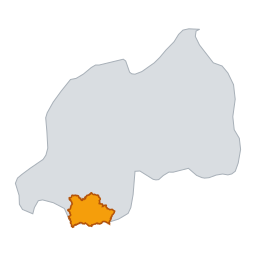 location of Nyaruguru, Southern, Rwanda
{"feature_id": "39286606B69204186902764", "entity_name": "Nyaruguru", "entity_type": "district", "adm_level": 2, "iso_a3": "RWA", "parent_name": "Rwanda", "parent_adm1": "Southern", "projection": "mercator", "projection_center": [29.568, -2.686], "detail": "fine", "context": "in_parent", "style": "filled", "palette": "amber", "viewbox_px": 256, "rotation_deg": 0, "n_neighbors": 0, "source": "geoboundaries", "source_scale": "gbopen_adm2", "svg_char_len": 6098}
<svg xmlns="http://www.w3.org/2000/svg" viewBox="0 0 256 256"><path d="M95.6,65.0L99.3,65.0L123.3,59.2L125.7,61.0L129.6,72.2L131.7,73.8L135.0,74.2L141.8,71.6L154.2,62.9L159.6,57.6L165.9,50.1L174.1,41.7L178.6,34.4L183.0,30.1L188.8,28.8L195.3,29.1L199.7,29.3L196.1,31.0L195.3,36.4L199.5,45.0L213.3,62.8L222.1,66.0L227.9,73.0L233.5,84.6L235.2,99.2L232.8,116.7L234.2,129.7L239.3,138.3L240.6,149.4L238.2,163.0L235.3,171.2L231.8,173.9L227.9,174.9L222.6,174.0L216.1,175.1L209.0,177.7L204.6,178.1L201.8,177.6L196.6,175.4L188.4,168.3L173.1,172.2L168.9,172.1L163.3,175.5L158.7,179.6L155.9,179.9L153.1,179.3L139.9,171.0L135.0,171.3L133.1,194.6L130.8,207.6L128.1,213.4L118.7,219.0L109.1,222.1L103.9,221.9L83.0,223.7L74.8,223.7L70.3,221.8L64.4,208.5L53.3,202.7L42.6,199.9L38.3,200.7L34.4,207.6L32.8,213.8L22.5,209.5L19.4,204.3L19.1,195.4L15.4,183.3L17.5,178.1L21.5,174.7L30.1,168.3L43.1,159.4L45.9,155.2L47.8,148.1L46.9,131.7L45.7,117.8L47.2,112.8L53.2,102.1L61.2,91.1L70.5,79.5L76.1,78.4L83.5,74.0L91.3,67.5L95.6,65.0Z" fill="#d9dde1" stroke="#a8b0b8" stroke-width="1"/><path d="M114.6,211.1L114.0,210.7L113.5,210.5L113.2,210.2L112.9,210.0L112.9,209.9L112.5,209.7L112.3,209.6L112.1,209.3L111.9,209.3L111.1,209.6L110.5,209.5L109.8,209.7L109.5,209.4L108.8,209.1L108.1,208.7L107.4,208.7L107.4,208.3L107.4,208.1L107.2,207.9L106.9,207.9L106.6,207.4L106.0,206.9L105.9,206.7L106.1,206.3L106.3,205.6L106.0,205.1L105.1,205.3L104.9,205.2L104.3,205.5L104.0,205.5L103.9,205.7L103.6,205.8L103.5,206.0L103.2,206.2L103.0,206.5L102.8,206.5L102.9,206.4L102.7,206.3L102.6,206.0L102.6,205.9L102.6,205.7L102.6,205.0L102.7,204.7L102.5,204.4L102.4,204.4L102.3,204.0L101.9,203.9L101.6,203.9L101.1,204.1L100.7,204.0L100.3,203.5L99.9,203.7L99.6,203.6L99.3,203.7L99.1,203.2L99.6,202.8L99.7,201.9L99.7,201.5L99.4,201.2L99.2,200.7L99.3,200.5L99.8,200.1L100.1,199.7L100.3,199.0L100.1,198.6L99.7,197.7L99.3,197.2L98.8,197.1L98.6,196.5L98.6,196.2L98.5,195.6L98.0,195.6L97.8,195.0L97.6,195.0L97.3,195.3L96.9,195.3L96.2,195.0L95.6,194.8L95.4,194.6L94.9,194.7L94.5,194.3L94.2,194.4L93.5,194.6L92.6,194.1L92.4,193.8L91.7,193.4L91.6,192.8L90.8,193.0L90.7,193.3L90.6,193.5L90.5,193.9L90.3,194.1L90.2,194.0L90.0,194.3L89.8,194.4L89.6,194.2L89.5,194.3L89.3,194.4L89.2,194.5L89.2,194.8L89.1,195.0L88.9,195.0L88.4,195.0L88.1,195.3L87.6,195.3L87.4,195.5L87.3,195.4L87.2,195.5L86.9,195.5L86.9,195.8L86.5,195.9L86.2,196.3L86.1,196.9L85.7,196.8L85.3,196.9L84.8,197.4L85.1,197.7L85.3,198.1L85.5,198.4L85.5,198.6L85.2,198.8L85.0,198.6L84.9,198.7L84.7,198.8L84.3,199.0L84.1,199.3L84.0,199.2L83.8,198.9L83.5,198.9L83.2,199.1L83.0,198.9L82.9,199.1L82.7,199.0L82.5,199.3L82.6,199.7L82.5,200.2L82.5,200.3L82.3,200.3L82.1,200.4L81.6,200.4L81.0,199.8L80.7,199.3L80.9,199.1L80.8,198.7L80.7,198.5L80.7,198.3L80.3,198.2L79.9,198.3L79.6,197.8L79.3,198.0L79.0,197.8L79.0,197.6L79.1,197.4L79.0,197.1L78.8,197.0L78.6,197.0L78.4,195.9L77.3,195.5L76.8,195.7L76.1,195.7L75.8,195.5L75.8,195.2L75.1,195.2L74.9,195.2L74.2,195.5L73.7,195.7L73.3,195.5L73.2,195.3L73.0,195.2L72.3,195.2L71.9,195.4L71.8,196.0L71.6,196.2L71.6,196.6L71.6,196.8L71.5,197.0L71.0,197.5L70.7,197.6L70.3,197.7L70.2,197.8L69.8,197.6L69.5,197.8L69.3,198.2L69.2,198.2L69.3,198.5L69.5,198.7L69.7,199.1L69.4,199.4L69.5,199.6L69.7,200.0L69.9,200.1L70.5,199.8L70.7,200.0L70.7,200.4L70.9,200.6L71.0,201.3L71.3,201.5L71.8,202.1L71.7,202.4L71.9,202.6L71.8,203.1L72.0,203.3L72.3,203.9L72.1,204.2L72.0,204.6L71.6,204.9L71.1,205.4L71.0,206.4L70.5,207.1L70.7,207.5L70.8,207.8L70.4,208.2L70.2,209.0L69.8,209.3L69.1,209.4L68.7,209.3L68.0,209.6L67.9,210.5L68.3,210.8L68.6,210.6L68.9,210.8L69.1,211.5L69.3,211.6L69.6,211.7L69.7,212.0L69.7,212.4L69.9,212.7L69.8,212.9L70.2,213.1L70.1,213.3L70.1,213.7L70.2,214.1L70.3,214.2L70.5,214.4L70.8,215.0L70.5,215.4L70.0,215.9L69.4,216.2L69.2,216.2L69.0,216.4L68.7,216.4L68.5,216.6L68.4,216.8L68.5,216.9L69.3,217.5L69.2,218.0L69.0,218.4L68.9,218.7L69.0,218.8L69.3,218.9L69.6,218.8L70.0,219.3L70.3,219.2L70.3,219.8L70.1,220.2L70.3,220.4L70.7,220.9L70.8,221.4L71.1,221.8L70.8,222.4L70.5,222.5L70.6,223.0L70.6,223.3L70.8,223.4L71.0,223.6L71.1,223.9L71.2,224.0L71.6,224.8L71.6,225.0L71.5,225.5L72.0,225.9L71.9,226.0L71.6,226.2L71.6,226.4L72.0,226.4L72.3,226.4L72.4,226.9L72.6,227.2L72.9,227.0L73.4,227.0L73.3,226.5L73.8,226.2L73.9,225.8L74.0,225.6L74.2,225.2L74.4,225.2L74.5,225.1L74.7,224.8L75.0,224.8L75.4,224.6L75.5,225.0L75.8,225.2L76.0,225.0L76.5,224.7L76.7,224.4L76.9,224.5L77.1,224.4L77.3,224.3L78.0,223.9L78.0,223.7L79.4,223.3L79.5,222.8L79.8,222.8L79.8,222.7L80.1,222.5L80.5,222.7L81.2,222.6L81.6,222.8L82.0,222.8L82.2,223.2L82.3,223.3L82.9,223.7L83.0,223.8L83.7,223.6L84.1,223.8L84.2,223.6L84.4,223.6L84.5,223.7L85.1,223.1L85.5,223.0L85.7,223.4L86.2,223.8L86.8,224.0L87.3,224.4L87.3,224.5L87.8,224.9L87.9,225.2L88.1,225.3L88.5,225.3L88.7,225.8L89.0,226.0L89.4,226.0L90.4,226.0L90.5,225.8L91.0,225.8L91.2,226.0L91.3,225.9L91.4,226.0L91.7,226.0L91.8,226.1L92.0,225.7L91.8,224.9L91.9,224.7L92.1,224.7L92.3,224.8L92.8,224.8L94.4,224.1L94.9,224.0L95.3,224.1L95.5,223.9L96.3,223.3L96.9,223.1L97.0,223.1L97.0,223.6L97.3,223.7L97.5,223.5L97.9,223.7L98.0,223.5L98.3,223.6L98.9,223.5L99.1,223.6L99.2,223.9L99.6,224.0L99.9,223.9L100.0,223.9L100.3,223.6L100.5,223.6L100.6,223.4L100.9,223.5L101.6,223.2L101.9,222.8L102.0,222.6L102.0,222.4L102.4,221.8L102.6,221.6L103.1,221.5L103.2,221.4L103.5,221.4L104.0,221.5L104.9,221.4L105.3,221.6L105.5,221.8L105.9,221.8L106.2,222.1L106.5,222.2L106.5,222.3L106.7,222.5L107.0,222.7L107.7,222.8L108.1,223.1L108.2,223.5L108.4,223.5L108.7,223.7L108.8,223.7L109.2,223.8L109.4,223.8L109.5,223.9L109.5,223.7L109.6,223.3L109.4,223.1L109.4,222.8L109.3,222.7L109.2,222.8L109.1,222.5L109.3,222.3L109.3,221.8L109.5,221.6L109.6,221.1L109.7,220.8L109.8,220.7L110.0,220.7L110.1,220.2L110.3,220.0L110.6,219.9L110.7,219.7L110.8,219.3L110.9,219.1L111.0,218.7L110.7,218.5L111.0,218.3L110.9,218.0L111.2,218.0L111.2,217.8L111.2,217.4L111.5,217.0L111.5,216.8L111.4,216.6L111.5,216.5L112.0,216.2L112.0,215.4L112.0,215.2L112.3,214.9L112.8,214.6L113.1,214.3L113.5,213.5L114.2,212.8L114.4,211.9L114.5,211.2L114.6,211.1Z" fill="#f59e0b" stroke="#b45309" stroke-width="1.5"/></svg>